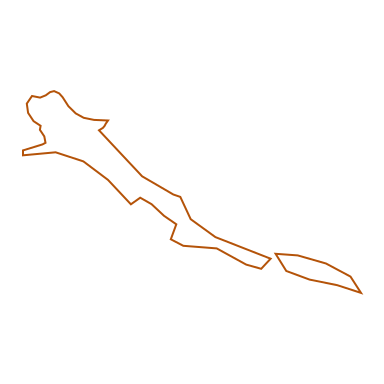 the border of Exuma
{"feature_id": "BHS-5024", "entity_name": "Exuma", "entity_type": "District", "adm_level": 1, "iso_a3": "BHS", "parent_name": "The Bahamas", "parent_adm1": "", "projection": "mercator", "projection_center": [-75.857, 23.545], "detail": "fine", "context": "isolated", "style": "outline", "palette": "amber", "viewbox_px": 384, "rotation_deg": 0, "n_neighbors": 0, "source": "natural_earth", "source_scale": "10m", "svg_char_len": 757}
<svg xmlns="http://www.w3.org/2000/svg" viewBox="0 0 384 384"><path d="M180.3,196.9L190.7,219.2L215.4,237.1L270.6,258.7L261.2,268.8L246.2,264.6L216.7,248.4L183.3,245.8L170.8,239.3L176.3,224.3L164.0,215.8L151.6,204.2L140.2,197.7L130.9,204.3L108.0,179.9L83.4,161.4L55.6,152.3L23.0,155.3L23.0,150.4L42.5,144.4L45.5,142.8L44.3,136.4L39.9,129.8L40.6,125.8L33.6,121.2L28.1,112.9L26.8,103.6L32.0,96.0L40.1,97.6L45.8,95.3L50.1,92.1L54.1,91.1L59.2,93.4L62.6,97.2L68.4,106.2L75.7,113.4L83.7,117.8L94.0,119.9L108.0,120.5L105.8,123.6L104.6,125.9L102.9,127.9L99.0,130.3L142.1,176.3L173.3,194.5L180.3,196.9ZM275.6,253.8L297.7,255.4L326.0,263.5L350.5,276.6L361.0,292.9L337.3,285.2L309.6,279.6L286.3,271.0L275.6,253.8Z" fill="none" stroke="#b45309" stroke-width="2"/></svg>